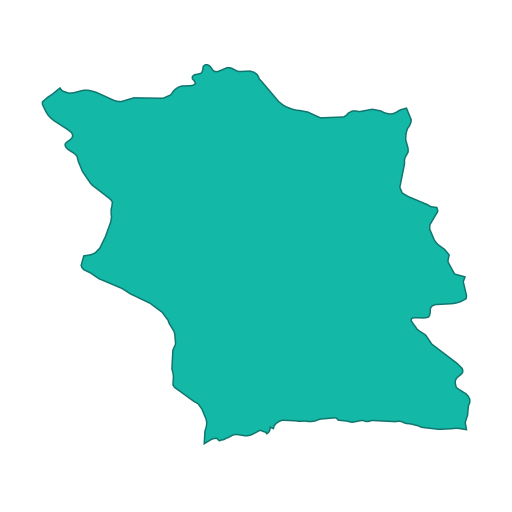 outline of Huíla, rotated 92°
{"feature_id": "AGO-1891", "entity_name": "Huíla", "entity_type": "Province", "adm_level": 1, "iso_a3": "AGO", "parent_name": "Angola", "parent_adm1": "", "projection": "equal_earth", "projection_center": [15.141, -14.853], "detail": "fine", "context": "isolated", "style": "filled", "palette": "teal", "viewbox_px": 512, "rotation_deg": 92, "n_neighbors": 0, "source": "natural_earth", "source_scale": "10m", "svg_char_len": 3809}
<svg xmlns="http://www.w3.org/2000/svg" viewBox="0 0 512 512"><g transform="rotate(92 256 256)"><path d="M422.2,39.6L421.2,47.7L421.2,50.6L421.7,53.8L422.8,66.2L422.8,67.7L421.5,83.9L421.3,84.7L420.0,88.1L419.8,88.8L419.4,91.2L419.0,92.6L418.3,96.5L418.2,99.0L418.0,100.5L417.8,101.4L416.9,103.7L416.3,105.3L416.2,106.5L416.1,107.6L416.2,108.4L416.5,110.0L416.7,110.7L416.3,134.4L417.4,137.7L417.5,138.7L417.5,140.5L417.3,141.5L416.7,142.9L416.7,144.4L417.0,146.3L418.5,152.5L418.8,154.2L418.6,155.7L417.8,159.3L417.2,167.6L417.0,168.2L416.7,168.6L416.4,168.9L415.9,169.1L415.5,169.5L415.2,170.1L415.0,170.9L415.0,171.8L416.6,184.9L417.0,186.8L418.8,191.3L419.5,195.0L419.6,197.0L419.5,198.3L419.4,199.2L419.3,200.6L419.3,202.3L419.6,205.6L419.7,208.1L419.4,209.4L419.3,211.6L419.2,223.7L419.3,224.0L419.7,225.2L420.4,226.9L422.5,229.9L425.1,232.0L427.9,232.6L427.0,234.9L426.5,235.7L429.9,236.2L430.9,236.7L431.9,237.4L432.9,238.4L433.2,239.3L432.0,239.6L430.9,243.2L430.5,244.1L430.1,245.4L430.4,246.6L434.5,253.6L435.6,256.5L436.1,260.0L435.1,268.1L435.2,271.3L436.0,273.4L438.4,277.3L438.9,278.8L439.2,279.5L440.0,280.6L440.7,282.0L441.2,284.7L441.5,285.0L441.8,285.3L441.9,285.7L441.6,286.7L440.0,288.3L439.6,289.2L439.9,291.7L440.8,294.1L445.4,301.2L433.0,300.9L427.8,299.6L424.5,299.4L420.7,300.2L410.9,304.7L405.6,308.8L403.2,313.4L390.2,332.7L387.8,334.5L379.5,334.3L376.1,334.8L371.7,336.1L353.4,335.8L350.9,335.0L347.3,333.4L346.0,333.4L337.1,334.4L334.0,335.4L326.5,340.4L323.4,341.6L315.6,347.7L307.0,360.1L298.2,380.3L293.2,388.6L284.2,412.1L278.6,421.0L275.8,427.5L273.6,429.6L271.4,430.4L261.9,428.1L260.7,421.9L259.5,418.6L258.0,416.3L253.4,412.2L241.5,407.0L226.8,402.3L221.8,401.7L219.2,402.2L214.2,402.4L211.7,401.8L207.0,401.4L204.9,403.0L203.6,404.5L190.9,422.2L188.9,424.1L177.7,432.3L168.1,436.7L163.1,438.2L161.4,439.3L159.6,441.6L156.1,447.6L153.8,449.9L151.8,450.7L150.3,450.4L148.7,449.0L146.9,446.6L144.8,444.2L142.2,443.3L139.2,444.5L136.2,448.6L127.8,462.6L125.5,465.7L122.5,468.7L118.4,471.4L111.9,474.7L109.4,474.8L104.3,469.3L101.8,465.6L94.9,457.8L97.0,456.1L97.4,455.6L98.0,454.7L99.8,448.7L99.3,444.1L96.7,435.4L96.2,432.3L96.3,429.0L97.1,424.7L98.1,421.1L105.4,403.5L106.3,399.9L106.4,396.1L102.2,383.6L101.6,354.3L97.9,346.7L94.2,344.4L92.0,342.2L90.0,339.5L88.7,336.1L88.1,327.4L87.5,324.5L85.7,322.4L83.4,323.6L81.0,325.8L78.7,325.8L76.9,323.6L76.3,320.4L75.2,317.1L73.1,315.9L68.2,315.3L66.6,313.3L66.6,310.8L68.2,308.3L72.2,305.3L73.1,303.2L73.1,300.8L68.8,291.4L68.8,288.5L69.4,286.4L72.0,281.1L72.2,278.7L71.4,268.3L72.5,264.3L74.6,261.2L77.0,259.7L78.9,259.0L81.1,256.7L101.0,238.6L104.0,234.6L106.0,230.8L108.2,224.1L108.9,220.7L109.1,217.3L110.3,209.4L115.7,196.4L114.0,173.1L112.1,170.4L110.1,168.9L107.9,165.2L107.5,162.5L108.1,157.5L105.3,144.9L106.6,136.7L108.4,132.5L108.9,130.6L109.5,126.8L108.8,123.5L107.3,120.5L105.5,118.0L104.5,115.6L103.0,110.8L114.5,105.6L117.2,105.9L120.6,107.2L123.1,108.9L126.0,109.8L129.4,110.4L134.6,110.5L142.6,107.9L145.3,107.6L147.0,107.7L152.3,110.4L155.0,111.0L158.8,110.8L182.4,114.7L188.0,112.0L191.4,105.7L198.8,86.2L200.5,83.2L200.9,80.7L201.2,77.0L204.5,75.9L205.9,76.3L210.0,78.6L218.7,83.3L223.0,83.4L233.6,78.5L236.1,76.7L238.7,73.9L242.8,67.8L248.2,63.0L253.0,63.9L255.3,63.9L267.1,56.9L269.6,46.4L274.4,48.0L288.4,44.2L291.3,44.5L294.5,49.9L295.9,54.0L296.7,57.5L298.3,75.0L299.7,78.2L301.8,79.8L306.8,80.0L309.0,80.4L311.0,81.4L311.8,84.3L312.1,87.4L312.1,94.5L312.5,97.3L313.6,98.5L315.2,98.8L323.7,92.3L325.5,89.7L329.1,83.7L338.0,77.2L356.3,51.3L361.2,46.0L363.0,45.4L365.1,45.4L366.6,46.4L370.8,51.1L373.4,52.4L375.9,52.5L380.1,51.4L381.6,49.7L386.5,41.2L388.8,39.0L391.7,37.4L394.9,37.2L398.3,38.5L407.7,39.0L411.8,40.2L415.1,41.1L422.2,39.6Z" fill="#14b8a6" stroke="#0f766e" stroke-width="1.5"/></g></svg>